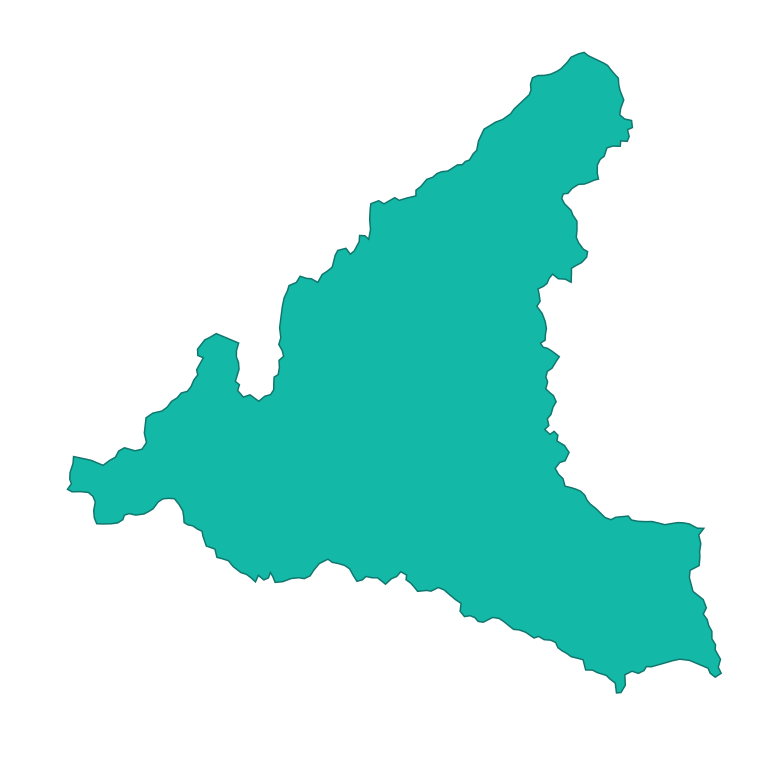 Doutor Ulysses, Paraná, Brazil (Robinson projection), rotated 357°
{"feature_id": "56859067B94205410976610", "entity_name": "Doutor Ulysses", "entity_type": "district", "adm_level": 2, "iso_a3": "BRA", "parent_name": "Brazil", "parent_adm1": "Paraná", "projection": "robinson", "projection_center": [-49.391, -24.607], "detail": "fine", "context": "isolated", "style": "filled", "palette": "teal", "viewbox_px": 768, "rotation_deg": 357, "n_neighbors": 0, "source": "geoboundaries", "source_scale": "gbopen_adm2", "svg_char_len": 4812}
<svg xmlns="http://www.w3.org/2000/svg" viewBox="0 0 768 768"><g transform="rotate(357 384 384)"><path d="M634.0,90.8L630.2,86.3L626.6,81.5L624.0,77.6L620.3,75.1L605.1,66.8L601.2,63.3L595.1,64.6L587.8,67.5L583.9,72.3L577.3,78.4L573.1,80.8L566.4,83.4L560.6,84.2L553.8,84.0L548.3,86.0L546.0,92.3L546.2,98.2L544.2,102.7L528.3,116.2L524.5,120.9L516.0,126.2L509.2,128.3L497.2,134.8L491.1,146.2L488.8,155.5L485.3,158.6L481.0,164.8L476.9,166.0L473.5,169.2L468.9,169.0L458.8,174.7L452.7,175.0L447.9,176.6L443.5,180.1L437.4,181.9L431.1,188.7L426.1,192.1L425.7,197.8L416.5,199.5L408.8,201.4L404.5,198.5L393.4,204.1L388.3,200.7L380.3,203.3L379.3,209.1L378.3,219.2L378.6,229.0L376.3,238.6L372.7,235.0L367.4,234.4L366.7,240.5L361.3,249.5L357.2,252.6L353.1,246.5L344.8,248.2L342.0,252.9L338.4,264.6L333.4,268.3L328.0,271.4L323.2,279.1L317.0,275.1L312.2,274.5L305.9,272.0L301.8,278.0L294.3,280.7L292.5,285.8L288.8,292.7L286.6,301.0L282.7,322.4L283.4,332.4L281.0,339.0L284.1,345.3L285.2,351.1L280.4,354.9L280.4,362.2L278.8,369.1L274.6,371.4L273.9,378.6L273.6,383.9L270.3,388.6L264.3,390.0L258.0,394.7L253.3,390.8L249.6,387.8L242.8,389.7L237.5,382.8L239.6,377.2L235.7,373.6L240.0,361.7L239.8,354.6L238.0,349.3L238.4,342.9L241.0,335.5L219.1,324.9L212.4,328.4L207.3,330.6L199.6,339.5L199.6,345.8L204.9,348.3L197.6,360.1L198.5,365.2L194.4,369.9L191.2,376.5L187.3,381.0L181.0,382.4L176.6,387.1L170.8,390.3L166.3,395.8L160.8,399.4L151.7,401.0L144.6,405.3L142.1,420.5L143.7,430.1L139.0,436.4L132.0,437.7L121.5,434.1L115.6,437.0L112.0,443.0L106.1,445.9L99.2,450.5L93.1,447.6L88.1,445.1L84.0,443.9L70.2,440.2L69.3,447.0L65.9,455.9L65.2,462.5L66.6,467.3L62.4,472.6L66.8,475.3L75.2,475.6L83.1,476.8L87.5,481.0L89.5,486.8L87.5,495.0L87.7,502.4L89.8,508.5L95.0,509.0L104.0,509.3L110.8,508.8L116.1,505.8L117.9,501.4L122.7,500.1L129.2,501.9L137.6,501.2L142.4,499.0L147.0,496.4L152.2,490.1L157.2,487.1L163.0,486.9L168.8,487.6L173.3,494.0L176.5,500.3L177.1,506.9L177.1,511.9L180.8,514.4L185.6,515.6L190.4,519.3L194.6,521.5L195.2,526.4L198.1,536.5L206.5,540.0L208.1,548.4L213.3,550.0L219.4,552.3L223.8,558.4L231.2,564.8L236.7,566.9L241.0,570.5L245.3,574.9L248.5,568.5L253.8,573.4L258.4,571.6L260.7,566.3L263.0,570.8L264.9,576.4L272.5,576.1L281.2,573.4L288.7,573.0L294.2,574.2L300.2,571.7L304.1,566.3L310.0,559.9L318.9,556.0L323.0,559.4L328.6,560.8L335.2,563.1L340.0,566.8L343.2,573.4L346.6,579.6L352.1,578.5L355.9,575.3L362.1,576.9L367.4,577.2L371.6,580.9L375.0,584.0L381.3,578.8L386.6,576.9L390.8,572.4L396.6,575.9L395.8,580.6L400.0,584.0L403.1,587.7L406.7,592.8L415.8,592.4L420.2,593.3L427.6,590.1L433.3,592.8L437.6,597.0L444.0,603.0L449.5,607.1L448.1,614.9L452.2,620.5L457.9,619.9L462.6,622.1L465.6,626.0L470.6,627.1L480.3,622.8L486.6,624.1L491.2,627.5L496.6,632.4L500.5,635.8L506.0,636.6L512.4,639.3L520.5,645.5L525.3,644.2L530.5,647.7L536.9,648.5L541.9,651.1L543.9,656.4L547.8,659.7L552.8,662.9L556.6,666.1L563.0,668.0L568.4,669.8L570.4,680.1L577.2,680.6L581.8,683.3L590.8,686.7L594.0,690.2L599.3,694.9L600.0,704.7L604.5,704.5L609.2,697.5L609.3,687.0L616.6,683.8L622.9,686.3L628.6,683.8L631.3,679.9L636.1,680.4L657.9,675.4L664.9,674.3L674.4,675.9L692.8,684.8L694.6,689.9L699.4,694.1L705.6,690.5L703.0,684.4L705.6,676.5L700.8,666.7L701.4,661.7L698.1,655.6L698.5,648.2L695.6,642.1L694.4,636.1L690.8,630.5L694.2,624.4L691.5,616.0L681.7,607.3L678.8,593.3L679.9,586.1L689.2,581.8L690.4,573.4L690.4,567.9L692.0,560.0L690.4,551.3L695.8,544.9L689.4,544.4L681.5,539.7L675.6,538.3L670.2,537.8L664.9,538.3L657.2,539.2L644.7,535.4L637.7,535.1L630.4,534.4L624.1,532.8L620.9,528.6L616.2,528.9L608.5,529.2L603.6,531.4L597.7,528.9L589.5,519.9L583.4,514.4L580.7,510.7L578.7,505.6L574.8,501.4L570.0,499.0L565.7,497.4L559.4,495.5L557.8,487.9L553.7,483.5L550.5,477.3L555.3,471.6L560.8,470.2L565.2,462.0L561.0,454.9L553.7,449.9L555.0,444.3L551.4,440.2L547.1,443.0L542.1,437.8L546.4,434.1L545.3,427.2L549.1,423.2L551.6,415.9L555.0,410.8L552.6,404.5L549.1,401.3L545.3,397.3L547.5,390.5L546.0,385.4L547.8,379.9L552.6,377.0L557.1,370.4L560.5,365.9L553.0,359.6L549.1,356.9L544.8,355.6L542.4,351.4L547.2,348.7L547.8,342.9L549.1,337.1L548.2,329.8L545.6,321.8L540.7,314.4L544.2,309.6L543.7,303.5L542.8,297.1L548.5,294.7L552.1,292.0L554.4,287.2L558.1,283.1L563.6,288.0L570.5,288.8L576.2,292.2L576.9,284.3L577.3,278.2L581.0,276.2L587.8,273.0L593.0,267.9L594.2,262.4L590.1,259.8L585.7,253.1L583.7,247.7L584.8,240.0L585.2,231.5L581.4,225.2L579.9,220.4L573.7,213.5L571.2,208.0L573.0,203.5L577.6,203.3L582.1,198.5L588.7,194.8L594.6,194.8L599.6,193.3L604.6,191.4L608.9,190.6L608.0,184.8L608.5,176.6L611.6,171.0L615.8,168.1L619.0,159.9L624.7,158.4L632.4,158.9L633.1,153.6L639.6,154.4L641.8,149.7L640.5,142.8L645.5,140.9L645.0,133.8L638.2,132.0L633.5,127.5L634.8,121.1L638.3,112.9L635.1,103.4L634.1,97.4L634.0,90.8Z" fill="#14b8a6" stroke="#0f766e" stroke-width="1.5"/></g></svg>